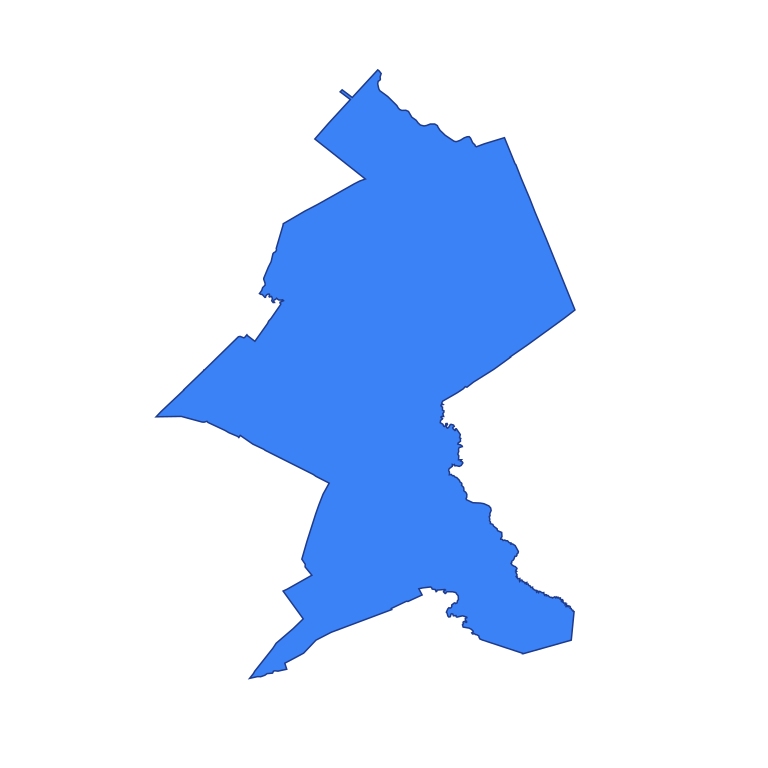 outline of Blejesti, Teleorman, Romania, rotated 188°
{"feature_id": "2599482B94014491503214", "entity_name": "Blejesti", "entity_type": "district", "adm_level": 2, "iso_a3": "ROU", "parent_name": "Romania", "parent_adm1": "Teleorman", "projection": "natural_earth1", "projection_center": [25.433, 44.298], "detail": "fine", "context": "isolated", "style": "filled", "palette": "blue", "viewbox_px": 768, "rotation_deg": 188, "n_neighbors": 0, "source": "geoboundaries", "source_scale": "gbopen_adm2", "svg_char_len": 6158}
<svg xmlns="http://www.w3.org/2000/svg" viewBox="0 0 768 768"><g transform="rotate(188 384 384)"><path d="M466.4,669.5L468.1,667.2L456.9,661.0L475.1,634.6L486.6,617.0L431.0,584.4L436.3,581.6L441.3,578.1L474.8,552.5L486.2,544.4L506.1,528.7L506.1,527.0L509.6,503.3L509.1,501.7L509.8,499.9L511.4,498.7L512.1,497.6L512.8,489.5L514.8,483.6L517.8,472.0L517.7,471.0L515.8,467.3L515.5,465.3L517.6,462.6L518.1,459.7L519.9,456.2L518.3,455.6L517.0,455.7L514.0,453.2L513.4,453.4L513.3,454.7L512.5,456.0L511.3,456.9L510.0,457.0L509.8,456.4L510.0,454.5L509.2,454.2L508.1,455.1L507.5,455.0L506.4,452.9L506.8,450.8L505.1,449.2L503.8,449.5L504.7,450.6L504.7,451.6L504.4,452.1L503.2,452.6L502.3,454.0L500.2,452.6L498.0,452.7L496.1,453.3L495.1,452.5L498.4,450.5L498.2,449.6L497.3,448.9L497.6,447.9L505.0,433.2L507.0,430.2L507.7,427.8L517.8,408.3L525.9,412.9L526.6,413.7L528.4,410.8L529.2,410.2L533.1,411.1L534.8,410.5L563.7,373.0L564.3,372.9L564.5,372.1L581.5,350.4L581.3,350.2L601.0,325.6L605.1,319.8L580.2,323.7L558.8,321.0L556.8,321.2L554.1,322.4L552.9,321.4L535.0,315.9L530.9,314.2L521.5,311.7L520.3,310.8L519.2,313.1L505.5,306.2L493.9,302.6L492.5,301.8L441.5,284.6L438.6,283.1L424.5,278.2L429.0,266.5L431.7,255.1L433.6,245.6L438.4,217.4L441.0,199.1L436.9,194.5L436.7,191.9L428.8,184.6L451.4,167.3L455.1,164.9L431.3,140.2L440.0,129.0L454.7,112.3L457.3,106.8L472.1,81.5L472.9,79.3L476.1,73.8L468.6,76.6L465.3,77.0L461.4,79.0L459.5,80.9L454.1,82.2L453.5,84.2L452.2,84.8L449.0,84.9L440.6,88.0L443.4,93.7L426.1,106.3L415.7,120.9L401.7,130.8L344.9,161.7L345.6,162.7L331.5,172.0L330.0,172.0L316.9,180.4L321.0,186.1L317.2,187.5L309.5,189.5L308.5,188.9L307.7,187.6L304.7,187.6L303.5,185.6L302.9,186.0L302.8,187.3L295.0,189.0L294.5,188.6L295.8,187.5L296.2,186.5L294.3,185.0L293.7,185.3L293.5,186.3L292.5,187.1L287.1,187.8L283.8,187.4L282.8,186.1L281.1,184.7L280.3,180.9L281.1,179.6L281.2,177.4L282.5,176.6L283.1,177.1L283.9,177.0L286.2,174.6L285.9,173.0L286.5,171.8L287.3,171.3L288.6,171.5L289.5,170.2L290.5,166.7L289.6,165.8L288.5,163.2L287.5,162.3L286.2,162.6L285.8,163.5L285.7,165.4L285.0,165.9L283.9,165.8L283.0,164.1L280.5,164.7L280.1,163.6L279.3,163.3L273.9,165.4L269.7,164.7L269.4,164.1L270.9,163.2L270.5,161.4L269.2,160.4L269.0,159.7L269.4,159.3L271.5,160.1L272.4,159.4L272.5,158.4L272.0,157.6L272.8,156.5L271.8,154.3L265.7,154.1L263.3,153.2L261.2,151.6L261.3,150.8L262.5,149.8L261.6,148.8L260.8,148.9L260.2,149.5L258.4,148.6L257.1,148.6L254.9,147.6L254.7,146.5L253.6,144.9L251.1,144.2L211.3,137.0L208.9,136.6L209.1,136.2L208.8,136.2L162.9,156.4L164.1,185.1L165.2,185.3L165.3,186.1L166.8,186.6L167.4,187.8L168.6,188.0L168.5,189.2L169.1,189.8L170.0,189.9L170.5,189.1L171.3,189.5L170.9,190.0L171.2,190.2L172.1,189.8L172.1,189.0L172.8,188.9L172.7,191.4L174.0,190.8L173.7,192.3L175.5,192.1L176.1,193.1L177.0,192.9L177.3,193.6L176.8,194.4L177.3,194.5L178.1,193.9L178.2,194.5L177.6,195.3L179.5,195.3L179.6,196.7L181.4,196.4L181.9,197.0L182.5,196.4L183.3,197.2L184.1,196.1L185.1,197.1L187.5,195.5L188.1,196.1L189.6,195.9L190.7,196.3L192.1,197.4L193.6,196.9L193.5,197.7L193.8,197.9L194.7,197.9L195.6,197.1L196.1,198.3L196.8,198.8L196.8,199.7L198.4,199.3L200.6,200.3L201.9,200.3L202.2,200.0L201.7,199.3L201.9,198.9L203.3,200.3L203.9,199.1L204.2,199.5L204.2,200.8L206.4,200.9L207.4,201.8L208.4,202.0L208.6,203.5L210.3,203.0L211.4,204.6L212.6,204.6L213.6,206.1L215.0,205.6L215.3,206.6L215.0,207.3L216.0,207.1L216.6,206.1L218.2,207.8L219.6,207.6L219.9,208.9L221.0,209.0L222.2,207.4L222.6,208.6L222.4,210.3L224.5,209.8L224.8,210.5L225.6,210.8L225.3,211.6L226.3,211.8L225.6,213.4L227.5,216.2L226.5,216.9L227.6,217.8L226.6,219.6L226.8,220.1L228.7,221.5L230.1,221.7L232.1,222.7L233.3,224.1L232.6,224.8L232.9,225.7L232.7,226.4L231.6,227.5L231.0,228.6L230.4,231.6L229.0,231.9L228.6,232.6L228.7,234.1L227.7,235.3L227.6,236.8L231.6,242.2L234.3,243.5L236.1,243.2L236.0,244.2L237.9,244.3L239.8,245.9L241.9,245.8L242.6,246.3L244.3,245.6L245.2,246.6L246.8,246.5L246.9,247.3L245.9,249.2L246.8,253.4L250.9,254.5L251.6,255.3L251.7,256.2L255.7,258.5L256.7,260.1L259.3,260.6L259.3,262.0L260.5,263.4L260.4,264.8L261.3,267.2L261.3,267.6L260.6,268.2L261.2,270.3L260.3,273.6L261.1,276.1L263.2,277.9L268.5,279.4L272.2,279.5L279.5,278.8L286.2,280.9L286.8,281.9L286.3,283.3L286.6,286.3L287.8,288.0L290.2,289.5L290.2,290.9L290.8,292.7L293.1,294.5L292.9,295.7L293.4,296.7L295.2,297.7L295.9,299.1L299.0,301.5L300.6,301.7L302.1,302.9L303.5,302.7L304.8,303.8L306.7,303.2L306.7,304.5L307.0,306.0L307.9,307.2L307.9,308.3L307.7,309.2L304.9,312.0L305.2,313.9L303.5,313.5L303.0,314.0L302.4,312.8L300.9,313.2L298.0,312.9L296.2,314.1L294.9,316.8L295.6,317.8L297.4,318.3L296.6,319.8L299.7,319.3L299.9,323.3L301.2,324.8L300.6,327.6L301.1,329.5L301.0,330.9L300.5,331.6L297.7,332.9L298.1,333.6L299.8,334.4L302.6,334.8L302.4,335.9L300.3,337.9L300.7,340.0L300.4,340.8L301.7,341.3L301.4,344.6L306.1,349.7L306.9,349.5L306.9,348.0L307.3,347.8L309.6,349.5L309.8,350.5L308.5,351.8L309.4,353.0L311.9,353.4L312.7,353.1L313.9,350.1L315.0,349.1L315.9,349.6L316.3,350.5L316.2,351.7L315.5,352.8L316.0,353.7L317.2,353.4L317.4,351.0L318.3,350.3L318.9,350.5L320.2,352.4L322.9,353.5L322.9,355.8L321.3,357.4L321.2,358.1L322.8,358.7L323.0,359.2L322.2,360.0L320.4,360.2L321.7,362.8L320.8,364.3L320.9,365.8L322.5,366.3L322.8,369.2L324.2,369.9L324.6,370.6L324.5,371.2L322.6,371.9L324.1,372.8L324.1,373.7L323.4,375.3L310.3,385.5L304.9,390.2L303.1,392.7L301.4,392.4L295.7,398.3L277.3,413.8L263.7,426.9L262.5,428.1L262.9,428.3L262.3,428.9L246.7,443.3L215.1,473.8L205.2,483.9L243.6,550.4L258.3,575.1L265.3,587.6L276.9,607.0L284.0,619.7L284.8,620.2L299.0,644.7L318.1,635.8L325.5,631.8L326.7,632.3L327.2,633.4L329.8,635.3L332.5,639.5L334.1,640.8L336.1,640.4L338.9,638.9L342.2,636.1L344.9,634.6L346.4,634.0L348.5,634.2L358.0,638.8L363.8,643.0L366.3,645.9L367.1,647.3L369.9,648.5L374.3,647.9L377.9,645.9L380.3,645.1L384.0,645.5L386.6,647.3L388.8,649.6L393.6,652.1L397.7,657.3L400.4,658.1L404.5,657.4L406.6,658.0L408.3,659.3L410.0,661.5L420.3,669.2L429.0,673.9L430.2,675.5L432.0,680.3L431.9,683.0L430.4,684.2L430.0,685.3L430.6,687.5L430.0,691.0L432.3,693.3L433.9,694.2L455.3,663.3L466.4,669.5Z" fill="#3b82f6" stroke="#1e3a8a" stroke-width="1.5"/></g></svg>